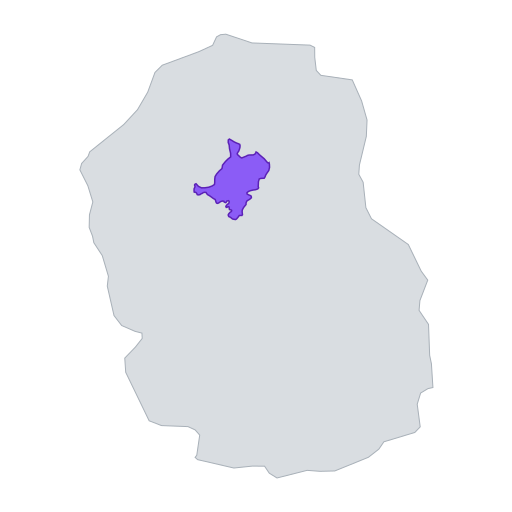 Štip highlighted on a map of North Macedonia, rotated 269°
{"feature_id": "MKD-2911", "entity_name": "Štip", "entity_type": "Statistical Region", "adm_level": 1, "iso_a3": "MKD", "parent_name": "North Macedonia", "parent_adm1": "", "projection": "orthographic", "projection_center": [22.131, 41.705], "detail": "fine", "context": "in_parent", "style": "filled", "palette": "violet", "viewbox_px": 512, "rotation_deg": 269, "n_neighbors": 0, "source": "natural_earth", "source_scale": "10m", "svg_char_len": 3274}
<svg xmlns="http://www.w3.org/2000/svg" viewBox="0 0 512 512"><g transform="rotate(269 256 256)"><path d="M228.7,106.8L238.3,108.1L259.1,102.3L272.1,94.1L278.7,92.9L287.5,89.7L300.1,90.2L312.9,93.8L329.2,89.1L345.2,81.4L351.6,83.3L358.5,89.8L363.1,91.6L389.8,126.1L404.4,140.1L421.7,150.6L441.3,158.2L448.4,165.6L461.3,202.4L467.4,216.3L475.8,220.4L477.9,224.4L478.3,229.7L469.1,255.7L465.9,313.7L463.5,318.3L453.6,318.2L440.5,319.5L435.5,324.0L430.4,355.3L409.2,364.3L390.0,369.4L373.7,368.4L345.2,361.0L335.9,360.2L327.9,364.4L302.4,366.7L291.2,372.1L264.8,408.5L238.0,420.9L228.9,427.3L208.6,419.1L198.8,418.1L184.6,427.3L153.6,427.9L145.2,429.5L121.4,430.6L120.4,425.6L116.1,418.2L105.0,414.6L82.3,417.2L76.8,411.7L68.0,380.6L60.8,375.5L52.8,364.9L39.7,331.0L39.6,316.2L40.8,303.4L33.7,273.1L38.6,265.5L45.7,260.9L46.0,248.7L44.4,230.2L53.4,194.1L55.7,191.6L57.8,193.3L77.9,196.6L83.2,192.1L86.6,185.0L88.1,158.5L93.1,146.3L142.0,123.7L156.2,123.0L167.0,133.8L175.6,140.8L180.9,140.6L182.8,133.7L188.8,120.5L198.9,113.0L228.4,106.8L228.7,106.8Z" fill="#d9dde1" stroke="#a8b0b8" stroke-width="1"/><path d="M314.3,252.4L312.9,250.8L311.6,248.5L311.0,247.7L309.3,247.0L307.6,246.9L306.1,245.6L305.6,245.2L304.8,244.5L302.3,243.1L300.5,242.9L297.5,243.2L297.0,242.7L296.8,242.6L296.8,241.4L296.8,240.0L296.0,239.4L294.6,238.3L293.3,237.1L292.8,236.1L293.1,234.5L293.4,233.2L294.2,232.2L295.1,231.2L295.9,229.5L296.9,229.0L297.9,229.0L298.8,229.6L300.1,230.8L300.6,231.7L301.6,232.5L302.3,232.3L302.6,231.5L302.9,230.3L303.6,230.1L304.2,230.1L305.4,230.0L305.7,229.5L305.7,228.5L305.1,227.8L305.1,227.1L305.7,226.9L306.2,226.7L306.5,226.9L308.0,228.1L309.0,229.6L310.2,230.1L311.2,230.1L311.8,229.4L311.4,227.7L310.5,227.3L309.9,226.7L310.1,225.9L310.5,225.1L311.4,224.8L311.5,223.2L311.0,221.5L310.1,220.3L309.3,218.7L309.4,217.8L310.0,217.2L310.8,216.9L312.2,216.5L313.2,216.2L314.2,214.4L315.6,212.6L317.0,210.7L318.3,208.5L319.3,207.8L320.4,207.2L320.6,205.7L320.3,204.4L319.5,203.2L319.0,201.9L318.3,201.0L318.1,199.2L318.4,198.3L319.5,197.9L320.4,197.3L320.9,196.3L320.9,195.4L321.8,195.2L323.0,195.2L324.4,195.3L325.5,195.9L326.5,196.2L327.1,196.2L327.6,195.9L328.1,195.8L328.8,196.2L329.2,197.0L329.3,197.3L326.6,199.7L325.1,202.7L325.1,206.0L325.6,210.0L326.8,213.4L328.2,215.7L330.2,216.0L333.6,216.1L336.2,216.5L338.7,218.1L341.8,220.9L344.0,223.5L345.9,223.9L347.4,224.1L351.0,227.1L353.5,229.7L355.5,232.4L359.1,232.4L363.7,231.4L367.5,231.1L370.0,230.2L372.5,230.3L373.4,231.4L373.0,232.1L372.0,233.8L370.5,236.1L369.2,238.7L368.7,240.1L367.9,241.7L366.5,242.0L364.7,241.8L362.8,241.2L361.2,240.6L360.3,239.9L358.9,239.0L357.8,239.2L356.6,240.5L354.9,242.2L354.3,243.5L355.0,245.3L356.1,248.2L356.7,249.1L357.1,250.9L357.1,253.4L357.1,255.0L357.9,256.7L359.4,257.7L360.0,257.9L359.2,259.3L357.2,261.2L355.1,263.6L353.1,265.9L351.5,267.2L349.9,268.5L349.0,269.4L348.8,270.5L349.0,270.7L347.6,271.0L344.4,271.1L341.3,270.3L338.7,268.4L336.9,267.2L334.9,266.4L333.6,265.5L333.5,262.2L333.0,260.6L330.2,259.7L328.0,259.6L325.5,259.4L324.1,259.8L323.0,258.9L322.3,256.7L322.0,254.2L321.4,251.5L320.8,249.9L320.1,248.8L319.3,248.0L318.1,248.2L317.2,249.8L316.6,251.3L316.1,252.1L315.2,252.4L314.3,252.4Z" fill="#8b5cf6" stroke="#5b21b6" stroke-width="1.5"/></g></svg>